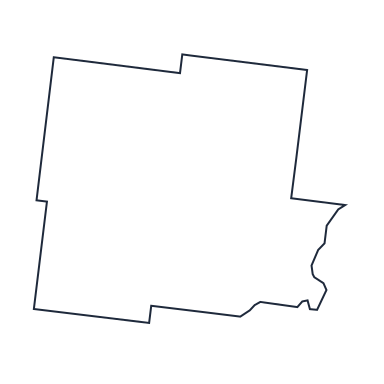 outline of Dunn, North Dakota, United States of America, rotated 97°
{"feature_id": "52423323B13029471752961", "entity_name": "Dunn", "entity_type": "district", "adm_level": 2, "iso_a3": "USA", "parent_name": "United States of America", "parent_adm1": "North Dakota", "projection": "equal_earth", "projection_center": [-102.465, 47.402], "detail": "fine", "context": "isolated", "style": "outline", "palette": "slate", "viewbox_px": 384, "rotation_deg": 97, "n_neighbors": 0, "source": "geoboundaries", "source_scale": "gbopen_adm2", "svg_char_len": 550}
<svg xmlns="http://www.w3.org/2000/svg" viewBox="0 0 384 384"><g transform="rotate(97 192 192)"><path d="M327.4,334.7L327.3,281.5L327.2,218.6L309.9,218.6L309.8,163.3L309.8,128.9L302.4,120.2L296.6,116.0L292.8,110.8L293.4,73.4L287.2,69.2L285.5,64.1L293.9,60.7L293.7,53.5L272.9,46.6L266.5,50.4L261.7,60.2L258.8,62.2L250.4,64.4L234.1,59.7L226.8,54.2L209.0,54.2L191.4,44.7L186.3,38.4L186.1,92.8L146.1,92.6L56.9,92.6L56.7,210.5L56.6,218.4L75.5,218.4L75.1,345.6L219.2,345.3L219.2,334.8L327.4,334.7Z" fill="none" stroke="#1e293b" stroke-width="2"/></g></svg>